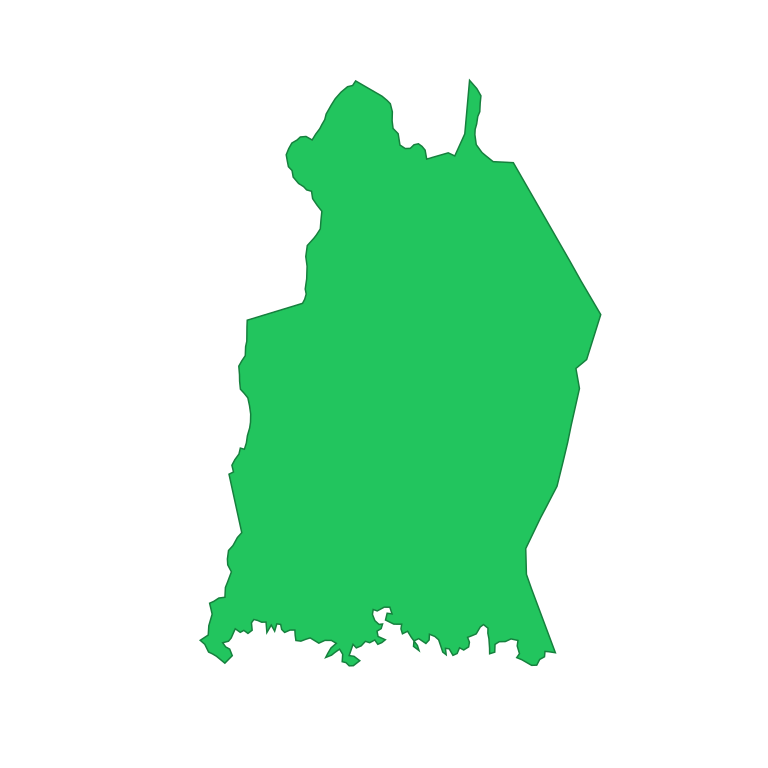 the district of Mamborê, Paraná, Brazil, rotated 350°
{"feature_id": "56859067B66158143742669", "entity_name": "Mamborê", "entity_type": "district", "adm_level": 2, "iso_a3": "BRA", "parent_name": "Brazil", "parent_adm1": "Paraná", "projection": "equal_earth", "projection_center": [-52.631, -24.35], "detail": "fine", "context": "isolated", "style": "filled", "palette": "green", "viewbox_px": 768, "rotation_deg": 350, "n_neighbors": 0, "source": "geoboundaries", "source_scale": "gbopen_adm2", "svg_char_len": 3358}
<svg xmlns="http://www.w3.org/2000/svg" viewBox="0 0 768 768"><g transform="rotate(350 384 384)"><path d="M260.4,297.4L259.0,303.8L257.6,311.3L256.3,318.1L254.2,323.2L252.3,332.0L247.9,336.6L244.1,341.2L243.3,349.8L242.3,356.2L241.7,364.2L244.7,368.9L247.5,374.0L247.8,382.0L247.5,390.5L245.9,398.5L244.1,403.9L240.5,411.2L238.2,418.2L235.2,424.0L231.4,422.2L229.0,427.8L224.0,432.6L220.1,437.6L220.5,444.5L215.7,445.9L218.1,505.7L213.0,509.7L207.2,516.9L202.0,520.9L199.4,529.1L198.7,535.0L201.1,542.5L195.3,552.3L192.5,556.8L190.3,566.4L184.2,566.1L178.6,568.5L174.2,569.6L174.8,580.8L169.5,591.6L167.3,600.7L158.5,604.5L162.3,609.2L164.7,617.5L168.1,619.9L171.7,623.0L178.8,631.3L187.4,625.2L186.0,618.3L182.4,615.4L180.2,610.8L186.2,610.3L189.4,607.6L195.0,599.2L199.3,603.6L203.2,602.3L206.7,606.0L211.4,603.6L212.0,596.2L214.9,593.3L218.5,594.9L222.1,597.3L226.5,598.0L225.5,608.4L231.1,601.8L233.4,608.4L236.8,601.6L240.5,602.8L240.6,607.9L243.0,611.4L248.7,610.0L253.5,610.8L252.9,616.1L252.7,621.3L257.5,622.8L262.7,621.8L267.2,621.2L274.8,627.9L281.3,626.2L287.7,627.4L292.0,631.1L286.0,634.7L281.9,639.5L279.1,643.2L285.3,641.9L289.1,639.8L294.2,637.4L296.4,643.0L294.6,650.2L298.2,651.8L300.8,655.5L304.9,656.1L312.1,652.3L307.2,647.0L302.5,645.4L308.3,635.0L310.9,639.1L316.1,637.9L321.0,634.2L325.0,636.3L330.5,634.5L332.7,639.3L336.9,638.3L340.9,636.1L334.3,631.6L334.2,626.2L338.7,624.4L340.9,620.1L337.3,619.9L333.9,615.4L332.6,608.9L334.2,604.2L337.9,606.3L345.5,603.8L351.0,604.8L352.0,611.8L347.3,610.3L344.5,616.7L352.0,622.2L359.7,623.6L358.2,628.1L358.8,633.2L364.3,631.6L366.9,638.2L368.9,642.2L374.0,640.8L380.2,646.8L384.0,643.9L385.3,638.3L390.3,641.5L393.4,645.4L394.3,651.2L395.3,658.2L398.2,661.4L398.6,655.0L402.2,656.1L404.8,663.2L409.2,662.1L412.6,656.9L416.3,659.8L421.7,657.6L423.3,653.1L422.3,648.0L426.1,647.3L431.4,646.1L436.6,640.0L440.2,638.2L444.0,642.5L443.0,647.5L443.1,653.1L442.1,662.4L441.2,668.0L446.5,667.3L448.1,659.7L452.7,657.8L458.8,658.7L464.8,657.1L471.4,659.8L469.7,665.1L470.6,673.1L467.2,676.5L471.9,679.5L480.5,686.7L485.6,687.4L489.5,682.3L494.7,680.5L496.1,675.3L499.9,676.3L506.1,678.4L493.6,610.8L491.2,596.2L495.0,570.7L514.9,543.0L523.2,532.3L527.6,526.5L536.6,514.8L546.6,492.2L554.8,473.3L561.2,457.1L575.7,422.4L575.7,402.0L587.8,395.1L609.5,353.3L595.8,316.5L588.3,295.0L549.8,188.5L543.8,187.1L530.1,184.0L523.8,176.8L520.7,173.1L516.4,164.3L516.8,154.2L518.0,149.0L520.4,144.0L522.8,136.8L525.6,132.5L527.5,124.1L529.5,117.0L526.7,109.2L521.0,99.8L507.0,151.7L493.3,171.7L487.4,167.5L465.1,169.9L465.1,160.8L462.7,156.6L459.6,153.4L455.1,153.6L450.8,156.5L445.8,155.8L441.2,151.4L441.4,140.0L437.3,133.9L437.7,126.2L439.5,117.4L438.9,109.1L436.3,105.3L432.1,100.3L408.7,80.6L404.9,84.6L399.7,84.9L392.4,89.1L385.6,94.5L380.6,100.0L373.9,108.1L371.6,113.3L367.9,117.7L365.1,121.4L360.2,126.0L355.6,131.2L350.2,126.7L344.5,126.2L340.8,128.6L335.1,130.7L331.0,135.7L327.5,141.3L327.5,147.8L327.6,153.4L330.5,157.8L330.5,164.5L334.7,171.7L339.1,175.7L341.5,179.4L346.1,181.6L345.9,189.1L349.2,196.4L352.8,203.1L350.4,211.6L348.2,220.2L343.3,225.5L340.1,228.4L332.5,234.3L329.1,244.9L328.7,254.7L326.1,267.1L322.9,276.8L323.0,281.9L320.6,286.8L317.8,290.4L260.4,297.4ZM368.9,642.2L367.5,647.5L372.2,652.6L371.5,647.3L368.9,642.2Z" fill="#22c55e" stroke="#15803d" stroke-width="1.5"/></g></svg>